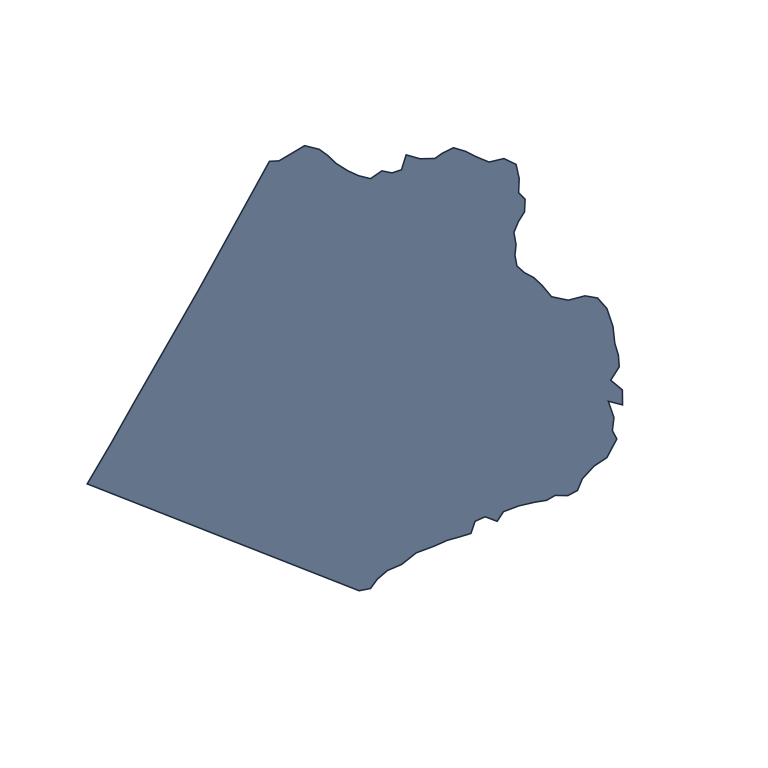 Damião, Paraíba, Brazil, rotated 216°
{"feature_id": "56859067B20936689760116", "entity_name": "Damião", "entity_type": "district", "adm_level": 2, "iso_a3": "BRA", "parent_name": "Brazil", "parent_adm1": "Paraíba", "projection": "mercator", "projection_center": [-35.949, -6.643], "detail": "fine", "context": "isolated", "style": "filled", "palette": "slate", "viewbox_px": 768, "rotation_deg": 216, "n_neighbors": 0, "source": "geoboundaries", "source_scale": "gbopen_adm2", "svg_char_len": 1131}
<svg xmlns="http://www.w3.org/2000/svg" viewBox="0 0 768 768"><g transform="rotate(216 384 384)"><path d="M419.5,636.9L429.5,625.3L443.2,622.0L454.7,620.2L466.7,616.0L472.5,604.9L475.4,596.4L487.3,587.4L500.8,582.4L495.8,567.6L501.6,559.5L511.0,555.2L515.6,542.2L527.0,537.6L538.8,535.2L552.6,534.3L563.6,535.8L574.4,535.8L588.3,530.2L594.7,515.3L600.1,502.8L607.6,496.8L589.3,350.9L575.4,222.8L570.0,176.1L565.4,128.7L282.6,202.1L274.7,210.6L274.7,222.1L271.6,235.1L263.7,248.3L258.7,266.3L247.9,282.6L241.0,294.6L234.6,302.6L225.8,314.2L229.6,326.4L224.2,336.0L211.7,339.4L212.3,350.9L203.4,364.5L192.6,376.9L184.1,385.4L180.1,394.4L169.7,401.7L164.9,411.6L167.8,424.0L165.8,441.1L160.4,455.5L162.0,466.9L163.3,476.4L171.8,480.5L178.2,492.0L192.4,501.9L178.7,507.3L187.6,519.3L202.8,520.3L203.8,536.2L211.3,545.1L221.3,552.7L232.5,565.1L247.9,576.0L261.8,579.1L273.2,573.5L284.2,560.1L299.8,553.1L313.7,556.6L325.2,558.1L336.0,556.6L345.8,557.6L353.7,565.1L359.1,574.4L368.0,583.0L370.7,594.4L371.5,605.9L378.4,616.4L387.5,617.9L395.4,629.7L406.2,639.3L419.5,636.9Z" fill="#64748b" stroke="#1e293b" stroke-width="1.5"/></g></svg>